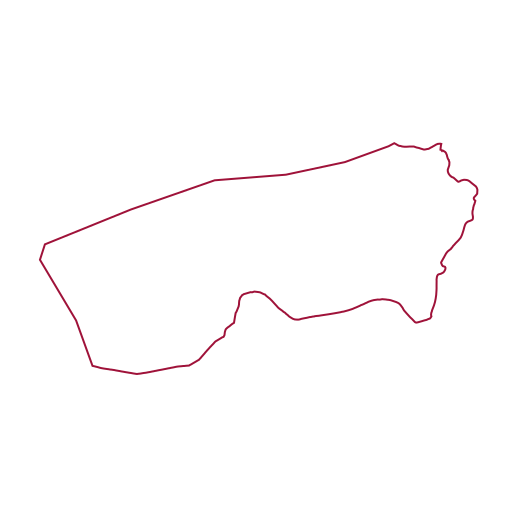 outline of Monchy/Cardinal, Gros Islet, Saint Lucia, rotated 5°
{"feature_id": "8701671B69664820658119", "entity_name": "Monchy/Cardinal", "entity_type": "district", "adm_level": 2, "iso_a3": "LCA", "parent_name": "Saint Lucia", "parent_adm1": "Gros Islet", "projection": "robinson", "projection_center": [-60.917, 14.062], "detail": "fine", "context": "isolated", "style": "outline", "palette": "rose", "viewbox_px": 512, "rotation_deg": 5, "n_neighbors": 0, "source": "geoboundaries", "source_scale": "gbopen_adm2", "svg_char_len": 5525}
<svg xmlns="http://www.w3.org/2000/svg" viewBox="0 0 512 512"><g transform="rotate(5 256 256)"><path d="M425.3,307.1L426.6,306.6L427.4,306.3L427.8,306.1L428.6,305.8L429.3,305.5L429.9,305.3L431.4,304.8L433.3,303.7L434.2,303.4L434.7,303.1L434.9,302.9L435.1,302.6L435.5,301.9L436.0,300.9L435.7,300.1L435.5,299.0L435.6,297.3L436.0,295.9L436.1,294.9L437.1,291.5L437.6,289.7L438.3,286.3L438.7,282.8L438.9,279.1L438.8,274.4L438.7,272.5L438.4,269.2L438.1,265.2L437.9,263.5L438.0,262.1L438.0,261.4L438.2,260.2L438.4,259.8L438.8,258.9L439.3,258.5L439.9,258.2L441.1,257.8L441.7,257.6L443.9,256.2L444.4,255.6L444.8,255.1L445.7,253.0L445.8,252.0L445.8,251.3L445.2,250.3L444.0,250.0L443.0,249.8L442.3,249.1L442.1,248.8L441.0,246.7L441.0,246.2L442.6,242.6L443.3,241.1L445.1,237.0L445.7,236.0L446.6,234.7L448.6,232.8L449.6,231.9L450.0,231.0L450.2,230.8L450.5,230.6L451.4,228.9L452.7,227.3L453.7,225.9L455.2,224.1L456.3,222.8L457.2,221.5L458.3,219.9L459.3,217.2L459.7,215.6L460.5,212.1L460.9,209.6L461.5,206.9L462.1,205.4L463.1,204.1L464.2,203.2L466.2,202.3L467.9,201.4L468.6,200.7L468.8,199.6L468.7,198.0L468.0,195.3L467.9,194.7L467.8,193.1L467.9,191.6L468.2,190.4L468.2,188.8L468.4,187.9L468.5,187.1L468.6,186.5L469.0,185.5L469.7,181.9L468.4,180.8L468.0,180.0L467.9,179.3L468.1,178.6L468.5,178.1L470.0,176.1L470.9,174.7L470.9,174.3L470.8,170.8L470.2,169.2L469.1,167.6L468.5,167.2L464.7,164.7L462.0,162.8L461.5,162.6L460.4,162.1L459.1,161.9L458.1,161.9L456.9,161.9L456.0,162.1L454.3,162.7L453.3,163.2L452.6,163.8L451.9,164.1L451.3,164.4L450.5,164.2L447.1,161.6L446.0,160.8L444.9,160.4L444.6,160.4L444.4,160.3L443.5,159.9L443.2,159.5L442.3,159.0L442.1,158.7L441.4,158.0L440.6,157.0L439.8,155.3L439.5,153.5L439.6,153.0L440.6,148.9L440.6,147.6L440.5,145.6L440.0,144.6L439.6,143.4L439.2,143.2L438.3,141.6L438.1,141.0L437.6,139.8L437.4,138.9L436.8,137.9L436.5,137.2L436.1,136.6L435.4,135.9L433.3,134.8L432.4,134.6L432.1,135.1L431.7,134.7L430.8,133.9L430.5,133.9L430.5,132.5L430.6,129.7L430.8,128.2L430.1,128.1L429.5,128.1L428.3,128.3L427.2,128.5L426.5,128.9L425.4,129.5L424.1,130.5L423.0,131.2L421.8,132.1L420.6,132.8L419.5,133.6L418.6,134.2L417.3,134.5L416.0,134.9L415.0,135.2L413.8,135.3L410.9,134.7L408.9,134.2L406.4,133.9L405.3,133.6L403.8,133.2L402.3,133.3L401.0,133.4L400.0,133.5L398.5,133.7L397.4,133.9L395.7,134.1L394.9,134.2L393.1,134.2L391.7,134.1L390.4,133.8L389.1,133.8L387.9,133.4L386.6,132.8L385.4,132.2L384.3,131.8L383.9,131.6L378.5,135.1L336.4,154.7L278.7,172.4L208.2,184.2L127.3,220.6L44.7,262.8L41.1,278.6L82.4,335.9L102.7,379.7L104.2,379.9L105.0,380.0L106.1,380.2L107.5,380.4L108.6,380.6L110.0,380.9L111.2,381.1L112.1,381.2L113.2,381.3L114.4,381.4L116.2,381.5L117.9,381.6L118.6,381.6L120.6,381.8L121.8,381.8L123.5,381.9L125.1,382.0L126.5,382.2L127.8,382.3L128.9,382.4L130.3,382.5L131.8,382.7L133.3,382.8L134.5,382.9L135.5,383.0L136.6,383.1L138.1,383.2L139.1,383.3L140.5,383.4L140.8,383.4L142.2,383.5L144.1,383.7L145.7,383.8L146.9,383.9L147.8,383.9L148.6,383.7L149.6,383.5L151.1,383.2L152.2,382.9L153.3,382.6L154.5,382.3L156.0,382.0L157.2,381.7L158.5,381.3L159.7,381.0L161.1,380.6L162.7,380.1L163.9,379.8L165.4,379.3L166.3,379.1L167.9,378.6L168.9,378.3L170.0,378.0L171.5,377.6L172.9,377.2L174.2,376.8L175.7,376.4L177.3,375.9L178.6,375.5L179.9,375.2L180.7,374.9L182.2,374.5L183.3,374.2L184.3,373.9L185.5,373.5L186.6,373.2L187.4,373.0L187.9,372.9L188.9,372.7L190.1,372.5L191.3,372.3L192.7,372.0L194.2,371.8L195.2,371.6L196.2,371.4L197.3,371.2L198.2,371.1L198.8,371.0L199.7,370.3L200.4,369.9L201.4,369.2L202.5,368.4L203.5,367.7L204.5,367.0L205.9,366.0L207.0,365.2L207.9,364.6L208.3,364.3L208.9,363.4L209.4,362.8L209.9,362.2L210.6,361.1L211.3,360.2L212.3,358.8L213.2,357.6L213.9,356.5L214.7,355.5L215.6,354.2L216.4,353.2L217.3,352.0L218.1,350.9L219.1,349.7L219.6,349.0L220.3,348.2L221.1,347.2L221.9,346.1L222.5,345.3L223.0,344.7L223.3,344.5L223.9,344.0L224.7,343.5L225.3,343.0L225.8,342.7L226.7,342.0L228.1,341.0L229.1,340.2L229.4,340.0L230.7,339.4L230.9,339.0L231.5,337.5L231.6,334.5L232.0,332.5L232.3,331.6L233.2,330.5L234.4,329.3L235.8,328.2L236.4,327.5L238.3,325.7L239.9,324.5L240.3,319.1L240.7,314.5L241.0,314.0L241.5,312.9L243.1,307.7L243.2,306.4L243.3,306.0L243.2,304.4L243.2,302.1L243.5,300.9L243.8,299.2L244.4,298.2L245.1,297.1L245.6,296.2L246.4,295.7L247.3,295.0L248.9,294.4L253.7,292.5L255.3,292.5L257.4,291.6L257.9,291.6L261.0,291.7L262.7,291.8L263.7,292.0L264.4,292.3L267.0,293.3L268.4,293.6L268.9,294.1L270.0,295.0L270.9,295.6L273.5,297.3L276.0,299.4L278.8,302.0L281.1,304.1L282.3,305.3L283.5,306.2L287.2,308.4L288.2,309.2L289.9,310.0L291.0,311.0L292.9,312.2L293.9,313.1L294.9,313.7L298.1,315.3L298.9,315.5L300.0,315.8L300.3,315.8L302.7,315.8L303.2,315.7L304.3,315.6L304.8,315.4L305.7,315.1L306.5,314.7L307.2,314.5L309.2,313.9L312.1,313.1L314.7,312.2L315.9,312.0L317.8,311.4L319.4,311.1L319.9,310.8L321.0,310.6L321.3,310.5L322.5,310.3L323.7,310.1L326.0,309.5L333.5,307.7L339.7,306.1L345.2,304.6L346.2,304.2L348.2,303.7L351.2,302.6L352.8,302.0L355.9,300.7L357.0,300.2L358.6,299.3L360.4,298.4L363.3,296.8L364.0,296.4L365.0,295.7L366.0,295.3L367.7,294.4L368.6,293.8L370.8,292.6L372.0,291.8L374.9,290.5L377.1,289.7L380.9,288.8L383.4,288.6L384.4,288.3L385.6,288.0L386.5,288.0L387.0,288.0L388.0,288.0L388.4,288.0L389.6,288.0L390.2,288.1L392.0,288.1L394.0,288.3L398.2,289.3L399.5,289.6L401.5,290.3L403.0,291.1L403.4,291.5L404.3,292.3L406.6,294.9L407.0,295.6L408.2,297.3L410.8,299.8L414.9,303.6L417.2,305.4L420.1,308.0L421.3,308.4L422.2,308.2L423.2,307.9L425.3,307.1Z" fill="none" stroke="#9f1239" stroke-width="2"/></g></svg>